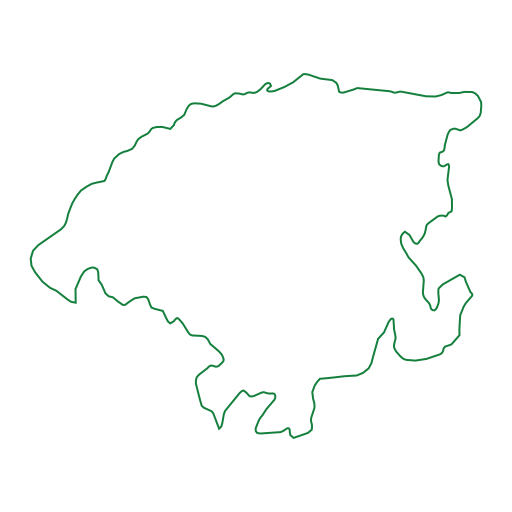 an SVG outline of Lara
{"feature_id": "VEN-34", "entity_name": "Lara", "entity_type": "State", "adm_level": 1, "iso_a3": "VEN", "parent_name": "Venezuela", "parent_adm1": "", "projection": "natural_earth1", "projection_center": [-69.693, 10.08], "detail": "fine", "context": "isolated", "style": "outline", "palette": "green", "viewbox_px": 512, "rotation_deg": 0, "n_neighbors": 0, "source": "natural_earth", "source_scale": "10m", "svg_char_len": 5350}
<svg xmlns="http://www.w3.org/2000/svg" viewBox="0 0 512 512"><path d="M460.2,315.3L459.4,329.3L459.4,332.4L459.5,334.9L459.5,335.2L459.4,335.3L451.9,343.9L451.0,344.6L445.1,346.6L444.0,347.8L443.4,349.4L443.1,350.9L442.5,352.1L441.8,353.1L440.9,353.8L439.8,354.4L426.5,358.9L415.3,360.6L406.6,359.9L404.1,359.2L402.3,358.0L400.2,356.1L396.4,351.8L394.8,349.3L394.0,347.1L394.0,345.5L394.5,342.4L395.3,339.7L395.6,338.3L395.3,335.3L394.1,329.5L393.5,319.7L392.9,318.7L391.4,318.7L390.1,319.9L388.6,322.1L384.0,332.4L378.1,338.8L372.7,358.1L371.5,363.0L368.7,368.3L363.0,372.9L356.7,375.5L344.8,376.2L333.5,377.5L326.7,378.2L319.9,378.8L317.0,382.1L314.8,385.4L312.3,392.1L312.7,395.4L313.1,398.7L314.2,402.7L314.4,404.2L314.5,407.4L314.2,408.7L311.2,417.8L311.0,420.2L311.2,422.0L311.6,423.3L311.9,424.7L312.0,426.4L311.9,428.1L311.7,429.7L308.0,432.9L293.6,437.9L290.4,435.2L289.8,432.3L289.8,430.7L289.5,429.3L288.8,428.3L287.6,428.2L286.2,428.9L284.0,430.5L280.7,432.1L260.6,433.5L258.9,433.3L257.0,432.8L255.8,431.1L255.6,429.5L255.8,428.0L258.8,420.4L260.8,417.2L262.4,415.3L266.5,409.0L274.4,399.8L274.9,398.6L275.3,397.3L275.3,395.9L274.9,394.6L274.0,393.7L272.4,393.4L269.9,393.6L268.2,393.4L266.7,393.1L264.3,392.3L263.0,392.2L260.9,392.9L253.5,396.2L251.3,396.4L249.7,396.3L248.6,395.2L247.9,394.3L246.3,392.6L244.4,391.1L243.4,390.5L241.7,391.2L239.6,393.1L225.1,410.9L224.4,412.5L223.7,415.0L222.3,423.0L221.3,426.5L219.1,428.7L213.3,413.4L212.4,412.2L211.3,411.1L203.8,407.7L201.7,405.7L199.9,399.5L196.0,384.1L195.9,382.5L195.9,380.8L196.2,379.0L196.8,377.2L198.3,375.4L199.5,374.3L207.3,368.3L208.3,367.2L209.6,366.1L210.8,365.6L212.1,365.6L215.8,366.7L217.0,366.6L218.1,366.2L219.2,365.5L222.7,362.0L223.4,361.0L223.7,359.6L223.0,357.3L222.4,355.8L221.7,354.5L218.9,351.3L210.2,343.9L209.0,341.5L207.8,339.4L207.0,338.5L206.1,337.7L205.2,336.9L203.5,336.3L201.4,335.9L193.0,335.5L191.4,335.2L189.9,334.4L188.4,332.6L182.8,323.6L182.1,322.8L181.5,322.0L178.8,319.0L177.9,318.3L176.9,318.1L175.7,319.0L174.8,319.9L174.0,321.1L170.2,323.4L167.9,321.4L166.2,318.1L162.8,310.9L154.9,308.9L151.5,307.6L150.3,305.2L148.1,299.0L146.4,297.0L143.2,296.7L134.7,298.3L132.5,299.6L128.5,302.3L125.1,304.9L122.8,304.9L117.7,301.3L112.9,297.3L108.7,296.3L105.5,293.4L101.6,284.5L98.5,280.2L98.5,277.5L98.2,272.3L97.3,269.3L94.2,267.6L91.4,267.6L87.7,269.0L84.3,271.3L80.9,276.5L75.5,289.1L75.7,302.7L71.1,301.8L67.7,299.6L56.4,290.8L50.0,287.8L42.4,281.6L35.2,272.4L31.5,265.8L30.7,258.7L33.0,250.8L38.3,245.1L61.0,229.3L64.4,225.7L65.9,222.7L67.0,219.1L68.2,213.9L70.5,207.7L72.3,203.3L75.0,198.5L76.5,196.3L78.0,194.1L81.0,190.5L86.7,186.6L91.6,183.9L96.5,182.6L101.1,181.7L104.5,180.9L105.6,179.1L106.7,176.0L108.6,172.1L109.8,169.0L112.4,162.0L114.3,158.4L119.2,154.0L123.8,151.8L127.2,151.0L132.1,148.8L134.7,145.7L136.6,141.7L138.3,139.1L141.4,136.8L147.7,133.6L149.3,131.9L151.3,129.0L153.0,127.9L156.8,127.0L162.1,126.9L170.3,128.9L174.0,125.0L174.3,123.6L175.4,121.7L176.9,120.0L180.9,117.6L184.2,114.9L186.8,108.8L188.2,106.6L188.9,105.7L189.8,104.8L190.8,104.1L192.4,103.6L194.6,103.3L201.0,103.7L212.0,106.5L213.8,106.4L215.9,105.8L219.4,103.8L222.6,101.4L229.6,97.4L233.7,93.8L235.4,93.3L238.5,93.5L240.4,93.8L242.0,94.3L243.4,94.4L244.9,94.1L247.0,92.9L248.8,92.4L251.4,92.6L253.1,92.9L255.1,92.7L257.2,91.8L260.3,89.4L263.1,86.5L263.9,85.6L264.7,84.7L265.8,83.9L266.9,83.2L268.7,83.1L269.8,83.4L271.0,85.9L269.2,87.6L268.4,88.1L267.5,89.0L267.1,89.9L267.5,90.8L268.6,91.3L270.1,91.5L272.1,91.4L274.7,90.9L284.4,87.0L293.1,82.3L303.4,74.1L305.5,74.1L308.4,74.6L320.2,78.6L332.3,80.1L336.1,82.7L336.8,83.7L337.6,85.1L338.3,87.9L338.6,89.4L338.9,90.8L339.4,92.0L341.2,92.6L343.4,92.6L353.7,89.5L356.3,88.4L357.7,88.1L390.2,91.3L391.5,91.7L392.7,92.2L394.0,92.6L395.5,92.7L399.6,91.7L401.5,91.7L426.1,96.3L435.7,96.5L441.6,95.0L447.1,92.5L448.5,92.3L451.0,93.0L459.2,93.0L464.4,91.9L472.3,92.0L475.5,93.6L476.7,94.8L477.9,95.9L481.1,102.0L481.3,105.5L480.8,112.2L480.5,113.7L479.5,116.2L477.5,118.4L466.8,127.2L463.1,129.3L460.4,130.4L455.6,128.8L454.8,128.7L453.8,128.7L452.7,129.0L450.4,129.9L449.1,131.6L447.7,134.4L445.0,144.5L444.4,148.9L443.9,150.4L442.9,151.5L439.7,152.7L438.9,154.7L438.5,160.9L438.7,162.9L439.4,164.5L441.2,165.9L442.7,166.3L444.1,166.2L447.2,164.4L448.2,164.1L448.8,164.9L449.1,166.6L447.5,179.7L447.8,182.4L448.4,185.9L451.9,199.1L452.0,208.0L451.6,211.3L448.4,213.0L447.0,215.2L446.4,215.9L445.4,216.5L444.1,215.8L442.4,215.6L439.8,215.7L437.6,216.5L428.1,223.5L426.9,224.8L426.2,226.4L425.7,229.6L425.0,232.5L424.6,233.8L423.4,236.2L422.0,238.3L419.7,241.0L418.7,242.6L418.0,243.3L416.9,243.8L415.0,243.3L413.5,242.0L409.4,234.9L404.9,231.7L403.1,233.2L401.7,235.1L401.2,236.2L400.9,237.4L400.8,238.3L400.7,239.5L401.1,242.9L401.4,244.1L403.1,248.1L406.9,254.2L407.4,255.4L408.7,257.6L416.0,265.6L421.6,273.7L422.7,275.9L423.3,277.3L423.6,278.9L423.8,280.3L422.9,292.0L423.0,293.6L423.3,295.0L423.7,296.3L424.3,297.5L425.7,299.5L429.0,303.1L429.6,304.2L430.2,305.4L430.7,307.9L431.0,308.7L431.7,309.5L432.7,310.1L434.4,310.4L435.7,309.4L436.9,307.6L438.3,303.9L438.8,301.6L438.9,299.5L438.3,292.7L438.4,290.0L438.6,288.5L442.8,284.4L459.8,274.7L464.5,277.3L466.0,282.0L470.3,291.8L471.9,293.6L472.3,294.6L472.2,295.7L465.9,303.0L463.6,306.8L460.2,315.3Z" fill="none" stroke="#15803d" stroke-width="2"/></svg>